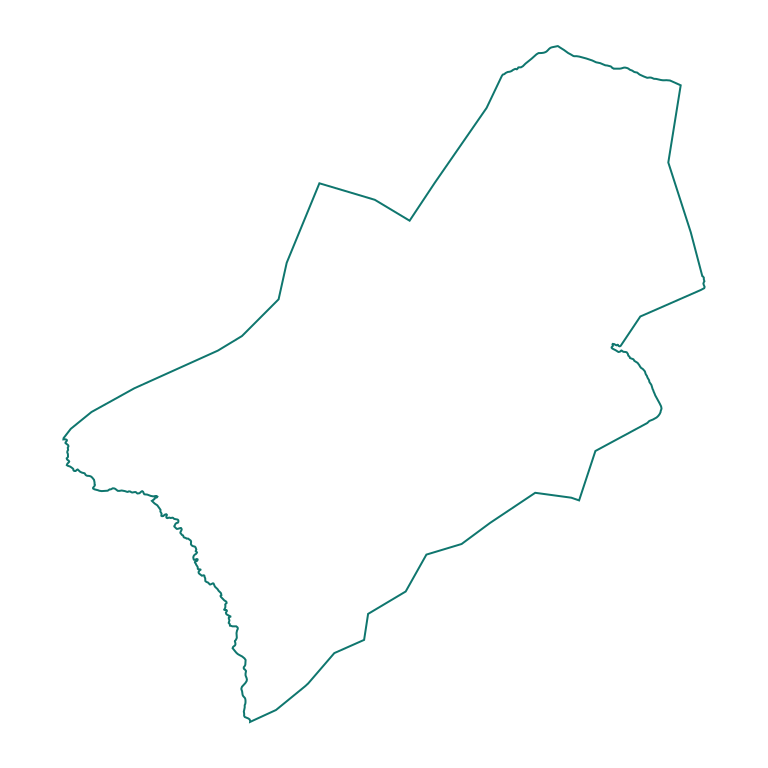 outline of O'mnogovi, Uvs, Mongolia
{"feature_id": "93677404B24799113543159", "entity_name": "O'mnogovi", "entity_type": "district", "adm_level": 2, "iso_a3": "MNG", "parent_name": "Mongolia", "parent_adm1": "Uvs", "projection": "robinson", "projection_center": [91.474, 49.101], "detail": "fine", "context": "isolated", "style": "outline", "palette": "teal", "viewbox_px": 768, "rotation_deg": 0, "n_neighbors": 0, "source": "geoboundaries", "source_scale": "gbopen_adm2", "svg_char_len": 5992}
<svg xmlns="http://www.w3.org/2000/svg" viewBox="0 0 768 768"><path d="M250.1,721.9L276.0,710.0L305.3,686.1L308.4,683.2L334.3,653.1L364.1,639.9L368.1,613.9L405.7,591.5L426.4,554.6L461.6,544.0L490.1,522.9L535.2,492.8L571.3,497.7L579.1,500.4L595.4,451.0L647.3,423.0L649.3,421.0L653.0,419.5L656.6,417.5L658.2,416.0L659.5,414.3L660.5,412.3L660.7,411.0L661.3,409.4L661.5,408.4L661.1,406.4L659.8,403.7L655.2,395.3L654.6,393.7L653.6,391.5L653.2,390.1L652.7,389.3L651.5,385.3L651.2,384.6L649.7,382.5L649.3,381.7L649.1,380.3L647.5,377.6L646.8,375.7L646.1,374.8L645.6,373.8L644.9,371.4L643.1,369.3L642.4,368.7L641.2,368.0L640.0,366.5L639.4,365.3L637.6,362.9L634.3,360.8L633.6,359.5L633.2,359.2L630.0,358.0L629.5,356.7L628.3,355.6L627.8,353.8L626.7,352.3L625.7,352.0L623.3,351.8L621.7,350.6L621.3,350.5L621.0,350.7L620.5,351.4L620.0,351.6L618.7,352.0L618.1,351.8L615.6,350.2L612.4,348.6L611.7,347.9L611.6,347.3L612.9,345.8L612.5,344.3L612.8,343.9L614.5,344.2L615.4,344.9L616.3,345.2L616.7,345.3L617.4,344.8L617.7,344.8L618.0,344.9L618.6,345.9L619.2,346.2L619.8,346.3L620.7,345.8L640.3,316.5L701.0,289.9L704.2,288.2L704.4,287.6L704.6,286.9L704.4,286.3L703.9,285.3L703.4,283.7L703.8,282.2L704.4,281.3L703.8,279.2L703.8,277.6L702.9,276.4L702.3,276.1L690.8,232.4L668.3,162.5L680.7,85.3L670.0,80.5L666.6,80.2L663.1,80.3L660.9,80.0L656.1,78.9L654.0,78.8L651.4,77.7L649.9,77.5L647.2,77.8L643.6,76.4L639.5,74.5L637.2,72.6L634.3,72.0L632.2,70.6L629.8,69.7L628.4,68.6L627.0,68.0L625.2,67.6L624.0,67.6L621.0,68.5L619.3,68.7L613.8,68.7L613.6,68.4L612.5,68.1L611.4,66.9L610.7,66.4L607.2,65.5L605.3,65.3L600.1,63.1L596.1,62.3L592.3,60.5L586.3,58.5L579.3,56.6L576.7,56.2L574.1,56.2L573.2,55.9L570.9,54.5L568.1,53.0L564.0,50.0L560.0,47.5L558.1,46.2L557.7,46.1L551.9,47.3L550.5,47.8L549.2,48.8L547.4,50.7L546.5,51.5L545.5,52.1L543.8,52.7L541.7,53.0L538.5,53.1L536.5,54.3L531.7,58.6L525.5,63.6L522.9,66.2L521.0,67.3L518.4,67.4L517.4,68.8L516.8,69.3L515.7,68.9L514.7,69.1L512.4,70.3L511.7,71.0L509.8,71.7L507.7,72.0L505.6,73.0L504.4,74.1L502.8,74.6L501.8,76.0L486.6,107.9L434.7,182.9L409.6,220.7L374.8,199.8L319.4,183.3L286.7,262.8L278.6,299.3L242.0,336.0L217.9,350.6L134.3,388.3L91.5,412.0L70.8,428.8L63.6,438.1L63.4,439.4L65.4,439.3L66.3,439.6L66.9,440.1L66.9,440.5L66.8,440.8L65.5,442.5L65.5,443.1L67.7,444.8L68.2,445.3L68.4,446.0L68.4,446.6L67.8,447.5L67.8,448.0L68.1,449.9L67.5,451.0L67.3,451.8L67.3,452.6L67.9,454.0L68.0,456.8L67.6,457.5L66.7,458.3L66.9,459.1L67.3,459.7L68.7,460.7L69.2,461.5L69.0,462.0L67.4,463.7L66.8,465.1L67.6,465.7L70.2,466.6L71.8,467.7L72.9,468.6L73.3,469.1L73.4,470.1L73.8,470.7L74.6,471.0L75.6,471.0L76.9,469.8L77.7,469.5L80.2,471.8L81.9,472.6L84.6,473.3L85.7,475.0L86.3,475.4L87.2,475.8L89.0,475.9L90.2,476.2L91.3,476.7L92.4,477.8L94.0,479.8L94.5,482.2L94.6,483.3L94.5,484.1L94.9,484.7L94.8,485.4L94.4,486.1L93.1,487.7L93.1,488.5L94.4,489.3L98.2,490.3L99.1,490.7L101.6,491.1L107.7,490.7L109.6,489.4L110.4,489.4L111.2,489.2L112.7,488.3L113.3,488.3L114.5,488.5L115.3,488.9L117.7,490.8L119.2,490.9L121.7,490.5L124.9,491.1L127.3,491.9L128.0,491.8L128.7,491.4L129.5,491.4L130.2,491.5L131.5,492.3L132.3,492.5L135.2,492.0L136.1,492.3L137.1,493.3L137.6,493.5L139.5,493.2L141.2,491.7L141.8,491.3L142.3,491.2L143.1,491.8L143.9,493.7L144.4,494.3L147.3,494.6L150.7,495.9L153.3,496.4L155.6,496.0L156.5,496.0L157.4,496.6L157.0,497.3L156.4,497.6L155.3,497.7L154.4,498.8L154.4,499.1L151.9,500.9L154.6,503.5L157.3,505.3L160.5,509.8L160.4,511.6L161.5,513.5L161.6,513.9L161.3,515.6L161.4,515.9L162.1,516.2L163.3,516.0L164.6,514.8L165.5,514.4L166.4,514.3L166.9,514.9L166.3,516.8L166.4,517.5L166.7,517.9L167.5,518.1L169.3,517.6L170.6,518.0L172.6,517.7L173.1,517.9L174.2,518.9L177.3,519.5L177.8,519.7L178.3,520.3L178.4,521.2L178.3,522.0L177.7,522.8L176.8,522.9L176.1,523.3L175.4,524.0L174.9,525.1L174.3,526.1L174.3,526.5L176.4,528.6L176.8,528.9L177.5,528.9L180.6,528.0L181.1,528.1L181.7,529.2L181.4,530.4L180.8,531.4L180.4,532.4L180.4,532.9L180.7,533.4L181.3,534.0L181.8,534.8L183.1,535.5L183.7,537.1L184.3,537.6L185.7,537.9L186.5,538.6L188.1,538.6L190.6,540.5L191.0,541.2L191.1,541.8L190.9,544.1L191.1,544.6L192.1,545.7L193.1,546.2L194.8,546.6L195.5,547.3L196.1,548.9L196.3,549.5L195.7,551.1L196.8,552.1L197.0,552.6L196.0,553.9L194.7,554.7L193.8,555.8L193.4,556.8L193.3,557.5L193.6,559.1L193.9,559.7L194.8,559.8L196.9,559.0L197.6,559.4L197.6,559.9L197.1,560.8L195.3,561.6L194.9,562.0L194.9,562.4L195.8,563.7L196.2,564.7L197.4,566.5L197.7,567.2L197.8,568.8L198.2,569.2L200.1,569.4L200.5,569.6L200.5,569.8L199.4,570.6L198.6,571.9L198.6,572.7L198.9,573.3L199.5,573.9L201.9,575.7L203.6,575.3L204.2,575.5L204.4,575.8L204.6,577.0L205.2,578.3L205.3,580.5L205.4,581.1L206.4,581.9L208.1,582.6L209.5,584.1L210.0,584.5L210.6,584.4L213.0,583.3L213.6,583.6L214.9,586.6L217.6,589.2L218.6,590.8L220.7,592.8L221.1,593.6L221.4,595.2L220.7,595.6L220.5,596.0L221.0,597.0L224.2,600.3L226.2,601.6L226.5,602.2L226.6,603.0L225.6,603.9L225.2,604.6L225.4,605.8L225.3,607.4L224.6,609.1L224.2,609.5L224.3,609.8L224.9,610.0L226.3,610.0L226.8,610.5L226.9,610.9L226.8,611.3L226.0,612.3L225.9,612.8L226.3,614.0L226.8,614.5L230.4,616.4L230.4,616.7L229.0,617.3L228.8,617.7L228.8,618.8L229.1,619.2L229.4,620.4L229.3,620.9L228.7,622.9L229.7,624.0L230.0,625.7L231.3,625.9L232.3,626.3L236.2,626.3L237.4,627.3L237.8,628.1L237.7,629.1L237.0,630.6L236.5,633.1L236.8,637.6L236.6,638.4L235.6,640.3L235.0,640.8L234.9,641.7L235.2,642.3L235.4,643.3L235.4,644.5L235.0,645.4L233.2,646.8L232.6,648.2L236.2,652.6L237.7,654.0L239.2,654.9L242.2,656.5L244.5,658.4L245.6,660.0L245.3,664.8L244.6,666.2L243.8,667.2L243.7,668.1L244.0,668.9L244.9,669.5L246.0,671.0L245.5,674.0L245.6,675.6L246.6,678.1L246.9,679.6L246.6,681.1L245.4,683.0L242.0,686.7L241.4,688.4L241.4,689.3L242.1,691.3L242.6,694.9L243.2,696.1L244.9,698.0L245.3,699.0L245.5,700.6L245.5,702.3L245.3,703.8L244.7,705.2L244.7,707.5L243.8,711.8L244.0,712.5L244.2,714.0L244.1,715.4L244.3,716.2L244.8,717.0L248.4,718.5L249.6,719.4L250.2,721.0L250.1,721.9Z" fill="none" stroke="#0f766e" stroke-width="2"/></svg>